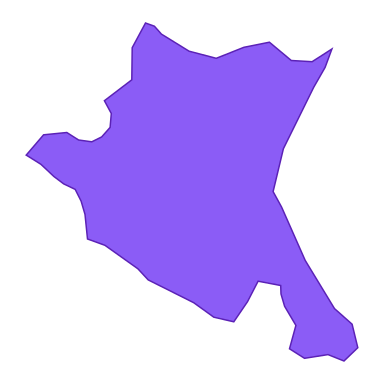 Grad Sofiya, Natural Earth projection
{"feature_id": "BGR-2243", "entity_name": "Grad Sofiya", "entity_type": "Province", "adm_level": 1, "iso_a3": "BGR", "parent_name": "Bulgaria", "parent_adm1": "", "projection": "natural_earth1", "projection_center": [23.369, 42.657], "detail": "fine", "context": "isolated", "style": "filled", "palette": "violet", "viewbox_px": 384, "rotation_deg": 0, "n_neighbors": 0, "source": "natural_earth", "source_scale": "10m", "svg_char_len": 753}
<svg xmlns="http://www.w3.org/2000/svg" viewBox="0 0 384 384"><path d="M145.5,23.0L154.4,26.2L161.4,34.1L189.1,51.2L216.2,58.3L243.9,47.3L269.4,42.2L291.3,60.5L312.1,61.7L331.9,49.0L325.1,67.4L313.7,87.3L283.4,148.7L273.1,191.6L281.6,207.1L305.2,260.4L334.5,308.6L352.1,324.2L357.8,347.7L344.0,361.0L328.0,354.6L304.5,358.3L289.5,348.8L295.9,325.4L284.6,306.3L281.0,294.0L280.7,285.5L258.1,281.2L247.5,301.7L233.8,321.8L213.8,317.2L193.7,302.7L148.2,279.9L137.9,268.8L104.9,245.3L87.5,239.0L85.0,214.4L81.1,201.1L75.2,189.4L63.7,183.9L53.9,176.5L40.9,164.3L26.2,155.1L43.6,134.8L66.8,132.5L78.6,140.0L91.8,141.8L101.7,136.9L110.1,127.4L111.3,113.5L104.4,100.7L131.8,79.8L132.2,47.7L145.5,23.0Z" fill="#8b5cf6" stroke="#5b21b6" stroke-width="1.5"/></svg>